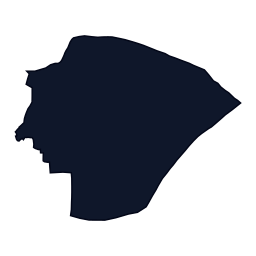 Xaysetha, Vientiane [prefecture], Laos (Natural Earth projection)
{"feature_id": "54806243B76096525034044", "entity_name": "Xaysetha", "entity_type": "district", "adm_level": 2, "iso_a3": "LAO", "parent_name": "Laos", "parent_adm1": "Vientiane [prefecture]", "projection": "natural_earth1", "projection_center": [102.674, 17.973], "detail": "fine", "context": "isolated", "style": "filled", "palette": "ink", "viewbox_px": 256, "rotation_deg": 0, "n_neighbors": 0, "source": "geoboundaries", "source_scale": "gbopen_adm2", "svg_char_len": 1817}
<svg xmlns="http://www.w3.org/2000/svg" viewBox="0 0 256 256"><path d="M15.6,136.1L16.6,139.4L17.5,140.6L19.0,141.0L19.7,140.2L22.1,138.4L23.4,139.7L24.8,137.4L26.6,137.5L28.1,137.3L30.4,137.6L32.3,137.7L33.3,139.5L33.9,144.2L33.6,147.4L35.4,148.5L36.4,148.8L37.6,149.3L38.0,149.4L38.7,149.6L39.3,149.6L40.4,149.4L40.4,150.0L40.6,152.8L43.3,152.9L43.2,159.0L43.2,160.8L44.4,161.7L47.4,162.2L49.5,162.2L49.8,166.1L50.3,172.8L62.9,172.1L71.3,172.7L71.8,178.2L71.9,186.5L71.9,192.3L71.8,197.8L71.6,202.0L71.5,206.0L71.4,209.7L70.6,215.6L79.8,218.2L89.1,220.0L89.4,220.0L104.9,220.1L115.9,217.7L128.5,214.0L137.5,212.3L146.1,206.8L148.8,202.2L152.4,195.7L155.9,189.9L158.1,185.7L162.4,178.4L166.7,173.1L170.1,168.5L173.2,164.9L176.8,160.1L180.9,155.4L185.0,150.7L189.1,145.7L193.5,140.8L197.8,136.5L201.7,133.4L208.8,128.4L211.3,127.0L215.9,123.1L222.1,117.7L225.3,114.8L232.2,109.7L240.6,103.0L237.6,100.4L234.5,98.4L228.7,92.8L225.2,90.5L220.8,87.0L218.3,83.9L218.1,83.7L217.8,83.3L213.4,80.9L209.0,75.3L208.8,75.0L204.4,69.9L193.5,65.4L189.2,63.3L181.3,60.4L175.1,58.0L169.3,56.0L165.1,53.6L156.9,50.8L154.0,49.6L149.5,47.8L143.5,45.4L138.5,43.7L133.7,42.2L125.1,39.7L120.0,38.6L112.2,37.0L108.0,36.9L102.4,37.0L97.8,37.3L92.1,36.8L84.5,35.9L79.1,36.6L73.5,37.9L71.9,39.4L70.2,42.1L67.9,47.8L66.1,50.6L64.8,53.2L64.3,54.7L63.5,56.6L61.7,60.4L60.4,62.1L58.3,63.4L55.5,63.4L55.2,63.4L50.6,64.8L45.8,68.0L35.0,71.2L26.8,71.2L29.3,73.8L27.7,78.8L26.2,84.3L32.2,87.7L32.2,95.8L32.1,102.1L30.0,106.0L28.1,108.6L26.5,112.4L25.5,115.1L24.9,117.1L24.5,118.4L24.1,121.3L24.1,122.6L20.7,125.8L19.7,126.7L19.0,127.3L19.2,127.9L19.4,128.3L18.8,128.5L18.2,128.7L17.3,129.6L16.7,130.4L16.2,131.1L15.4,131.9L16.1,132.8L16.4,133.4L16.5,133.9L16.7,135.1L16.8,135.7L15.6,136.1Z" fill="#0f172a" stroke="#020617" stroke-width="1.5"/></svg>